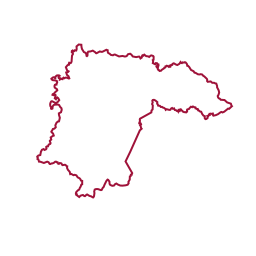 outline of Falan, Tolima, Colombia, rotated 201°
{"feature_id": "7082276B64304249880485", "entity_name": "Falan", "entity_type": "district", "adm_level": 2, "iso_a3": "COL", "parent_name": "Colombia", "parent_adm1": "Tolima", "projection": "orthographic", "projection_center": [-74.943, 5.091], "detail": "fine", "context": "isolated", "style": "outline", "palette": "rose", "viewbox_px": 256, "rotation_deg": 201, "n_neighbors": 0, "source": "geoboundaries", "source_scale": "gbopen_adm2", "svg_char_len": 5905}
<svg xmlns="http://www.w3.org/2000/svg" viewBox="0 0 256 256"><g transform="rotate(201 128 128)"><path d="M94.3,207.6L94.9,207.3L96.1,209.0L97.8,209.9L98.7,209.7L99.1,209.1L100.6,208.8L100.9,207.9L101.6,207.8L102.6,208.4L103.0,206.4L104.5,204.5L105.7,204.4L108.4,204.8L109.4,203.9L109.3,202.8L110.5,202.1L110.4,200.4L110.9,200.2L111.7,200.7L111.9,199.7L113.4,200.1L114.2,200.0L114.5,199.4L115.1,199.0L114.8,198.1L115.2,197.5L115.7,197.3L115.8,196.5L117.4,194.3L117.7,193.3L118.9,192.6L119.6,193.1L120.2,192.9L121.4,193.8L121.8,195.5L122.2,195.5L122.5,194.9L123.5,195.5L123.5,196.0L122.9,196.1L121.9,197.2L122.4,198.3L123.3,198.2L124.2,198.9L125.3,198.5L125.1,197.7L125.5,197.2L128.1,197.5L128.2,198.7L129.2,200.3L128.6,200.9L129.6,203.7L130.2,204.2L132.0,204.2L132.8,203.7L133.7,201.9L134.8,202.1L136.8,201.6L139.1,202.3L139.5,201.1L140.3,201.3L140.6,201.0L140.7,200.1L140.4,198.7L141.3,197.4L142.5,198.5L143.2,198.7L145.8,197.1L149.2,196.5L151.1,197.7L152.6,198.1L154.4,196.9L155.0,194.7L155.4,194.3L156.5,193.6L158.9,193.3L162.0,191.6L166.5,191.9L167.2,191.6L168.1,190.5L170.1,190.1L171.9,190.8L173.3,190.9L174.3,191.9L174.8,193.3L176.2,193.3L179.2,190.0L180.3,189.5L181.7,189.4L184.2,186.5L184.7,186.4L185.8,187.0L188.6,187.6L190.4,186.1L192.5,185.0L192.7,184.0L191.8,181.0L192.1,180.4L192.6,180.5L193.3,181.9L194.7,183.0L196.4,183.1L199.2,185.2L200.4,186.9L201.4,189.0L203.9,188.3L205.3,185.7L204.2,183.3L204.1,181.8L205.5,181.5L205.6,180.7L206.1,180.1L207.4,180.6L208.0,179.8L207.7,178.6L206.3,178.0L205.9,177.4L206.2,175.5L204.5,169.8L204.5,168.5L205.2,167.9L206.3,167.9L206.4,167.2L205.8,166.6L205.7,166.0L206.9,165.1L207.8,162.5L205.6,160.1L205.1,159.7L203.8,159.6L204.0,158.9L205.6,157.7L204.0,155.7L202.1,155.0L200.6,153.3L200.9,153.0L203.4,153.0L204.3,152.7L205.3,151.6L206.2,151.9L206.5,151.4L206.6,150.1L207.0,150.0L207.7,150.2L209.0,148.8L209.4,150.1L210.5,149.8L211.1,150.6L211.2,151.4L210.6,152.2L211.2,152.4L212.2,152.1L213.3,151.5L214.0,150.2L214.1,149.7L213.7,148.5L214.1,148.4L215.0,148.9L215.4,148.8L216.0,148.5L217.2,146.6L216.7,146.0L215.4,145.7L213.3,146.3L211.3,146.4L210.5,145.4L210.4,144.6L210.7,143.9L210.3,142.9L211.7,142.1L211.7,140.8L210.9,139.5L208.1,138.7L207.5,137.8L209.1,134.8L209.3,133.7L210.4,132.6L210.4,131.9L209.3,131.9L207.6,132.9L207.2,132.3L207.0,129.5L205.6,129.0L205.4,130.6L205.0,131.2L203.8,130.8L202.2,129.4L203.0,127.0L204.1,125.7L205.0,125.4L208.4,125.8L208.9,125.6L209.3,125.1L209.4,123.2L209.0,121.8L208.3,120.6L207.1,119.7L206.8,118.5L206.0,118.5L205.5,119.1L206.1,121.2L205.6,122.8L204.8,123.5L201.8,124.8L200.4,124.7L199.1,123.5L197.2,122.6L196.4,121.2L196.2,118.7L197.8,116.9L197.2,115.6L195.3,113.1L194.8,109.7L194.9,109.3L195.7,109.0L196.6,107.4L196.8,104.5L195.7,102.8L196.5,101.0L197.8,100.1L197.9,98.5L198.3,97.3L197.9,96.7L196.0,96.0L194.6,94.3L195.5,93.5L196.8,91.5L195.5,89.7L196.4,88.1L196.2,87.6L194.9,86.2L194.9,85.3L196.1,84.1L196.1,82.2L197.1,81.8L197.6,81.0L196.7,79.5L197.0,78.6L198.1,77.6L199.2,78.1L200.5,76.9L200.8,74.8L200.2,71.3L201.8,70.2L202.5,68.8L202.4,68.5L201.6,68.0L201.4,66.6L200.4,66.5L199.0,64.7L198.0,65.1L194.0,65.2L191.4,67.6L189.9,67.6L188.3,66.4L187.6,66.5L186.7,67.5L185.8,67.9L184.6,69.1L184.0,70.3L183.2,70.8L182.2,70.4L181.5,70.8L180.3,69.6L179.6,69.8L179.2,70.8L177.9,71.1L177.3,71.0L176.5,70.1L175.7,69.9L173.7,71.1L172.8,71.0L171.5,70.3L171.0,70.4L170.6,68.9L169.2,67.5L166.7,66.2L165.4,64.2L164.5,64.8L162.0,64.4L161.0,65.2L159.2,65.3L157.3,63.9L155.2,63.7L154.1,63.1L153.1,62.1L151.8,62.2L150.6,59.0L151.3,58.3L151.2,56.2L151.5,55.2L151.5,53.0L152.3,52.1L153.3,49.8L153.3,48.4L152.9,47.9L152.2,47.8L152.4,47.1L148.8,46.1L148.1,47.8L146.4,49.1L145.9,49.3L144.4,48.8L143.7,49.0L142.8,50.9L142.3,51.3L139.7,50.8L137.6,51.0L136.2,50.6L135.5,50.8L135.3,52.2L136.0,55.2L136.8,56.6L137.0,58.6L136.0,59.5L134.3,60.2L131.0,60.3L130.4,60.7L130.1,63.2L129.6,64.2L129.6,66.6L129.2,70.9L128.6,72.5L127.9,72.5L126.1,71.3L125.3,69.5L124.7,68.8L124.1,68.5L122.0,68.4L120.5,69.2L119.8,71.2L118.9,72.0L117.4,71.6L114.7,71.5L112.5,72.2L109.6,73.7L108.0,74.9L107.6,76.6L108.3,77.8L107.9,80.4L108.9,83.4L108.3,84.0L108.6,85.4L107.8,85.8L108.0,86.3L107.9,87.4L118.3,95.9L117.4,106.5L116.1,130.1L115.0,132.2L115.8,132.7L117.0,134.5L117.6,134.8L117.1,136.0L117.6,136.4L117.7,136.8L118.0,136.9L118.5,136.2L119.0,136.2L119.3,136.5L119.3,138.7L120.1,140.3L120.1,141.0L111.8,150.9L112.3,152.8L111.7,154.1L112.9,157.9L114.1,159.0L114.1,160.7L115.1,162.2L114.9,163.0L113.9,163.6L112.3,163.5L109.9,162.7L109.5,161.1L108.6,160.7L107.9,159.7L106.1,160.1L104.9,159.4L103.7,159.9L103.1,159.6L101.7,159.7L99.9,159.2L99.3,158.5L98.7,159.4L95.9,159.7L95.0,160.2L94.7,161.7L94.0,162.5L92.9,162.0L92.0,162.8L90.8,161.6L89.3,161.8L88.5,161.4L87.5,161.7L87.1,161.4L87.3,163.1L86.7,163.3L86.2,162.4L85.8,162.3L85.5,163.4L85.9,164.1L85.5,164.4L85.1,164.3L84.5,163.6L83.5,163.6L82.8,163.0L81.2,162.9L80.1,163.4L79.4,163.3L78.7,164.5L79.4,166.0L79.3,166.6L77.9,167.6L77.7,168.5L76.9,170.4L75.6,170.4L75.3,171.2L74.7,171.4L73.5,171.1L72.5,171.4L71.9,170.5L71.4,170.7L70.5,170.4L69.8,170.7L69.6,170.2L69.0,170.1L68.8,169.6L67.7,169.6L66.7,169.2L65.5,169.4L63.8,167.7L62.0,166.6L60.5,166.5L60.0,164.8L59.3,164.2L58.7,164.1L58.0,164.6L57.3,165.9L57.7,166.8L57.4,167.6L58.0,167.8L57.4,168.3L57.3,169.1L56.6,169.4L57.0,169.8L57.0,170.4L56.3,170.6L55.9,171.1L54.6,171.2L54.0,171.9L53.7,171.6L53.6,170.7L52.7,170.1L50.6,171.5L48.9,173.2L47.2,175.9L46.4,176.5L45.3,176.4L44.0,177.7L41.5,182.0L40.5,182.1L38.8,185.6L39.3,185.8L40.7,187.6L44.6,187.4L47.9,188.7L51.6,187.6L52.6,188.2L54.0,188.3L54.9,188.9L55.7,190.0L55.4,191.3L55.6,193.8L56.9,195.7L59.4,197.9L59.9,199.2L61.5,201.1L62.6,200.9L63.6,201.1L65.6,200.4L67.5,201.1L70.1,199.7L70.9,200.1L71.5,201.7L72.1,202.2L75.5,203.6L76.3,203.6L77.9,204.5L79.4,204.3L80.2,203.7L81.9,203.2L84.7,203.7L85.8,203.5L87.1,204.5L90.0,204.8L92.6,206.8L94.3,207.6Z" fill="none" stroke="#9f1239" stroke-width="2"/></g></svg>